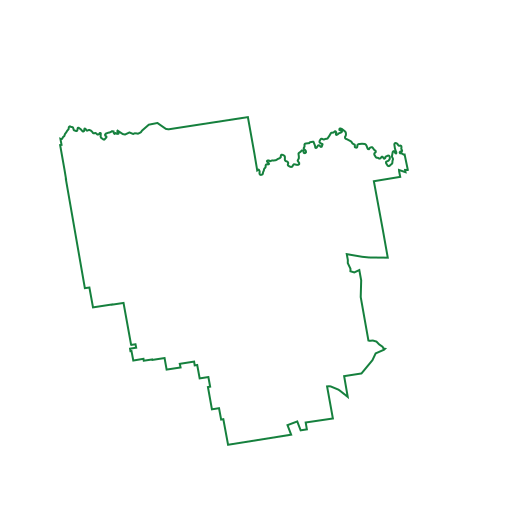 Leeton, New South Wales, Australia, rotated 162°
{"feature_id": "25037944B57687505469181", "entity_name": "Leeton", "entity_type": "district", "adm_level": 2, "iso_a3": "AUS", "parent_name": "Australia", "parent_adm1": "New South Wales", "projection": "equal_earth", "projection_center": [146.159, -34.53], "detail": "fine", "context": "isolated", "style": "outline", "palette": "green", "viewbox_px": 512, "rotation_deg": 162, "n_neighbors": 0, "source": "geoboundaries", "source_scale": "gbopen_adm2", "svg_char_len": 6071}
<svg xmlns="http://www.w3.org/2000/svg" viewBox="0 0 512 512"><g transform="rotate(162 256 256)"><path d="M87.9,289.5L87.6,291.8L85.1,290.9L85.0,291.1L83.3,306.6L84.1,306.7L85.7,308.5L87.2,309.2L87.4,309.9L87.2,310.3L86.6,310.7L86.3,310.8L85.1,310.4L84.6,310.8L84.5,311.3L84.7,313.1L84.2,314.1L83.9,315.2L83.9,315.7L84.2,316.1L84.5,316.4L85.5,316.5L86.1,316.8L86.5,317.5L86.9,319.0L87.7,319.9L88.6,320.4L89.0,320.3L89.4,320.1L89.7,319.8L90.0,319.2L90.6,315.6L90.7,313.2L90.5,311.5L90.7,310.6L91.0,310.3L91.5,310.5L91.8,311.2L92.2,312.7L92.6,313.1L92.9,313.2L93.7,312.8L94.0,312.4L95.9,308.8L96.0,308.1L95.7,306.5L95.8,305.7L96.8,304.3L97.6,302.3L98.6,301.5L99.9,301.1L101.0,300.5L101.8,300.4L102.4,300.7L102.9,301.3L103.4,303.2L103.6,304.3L103.3,305.2L102.8,305.5L101.1,305.6L100.4,305.8L99.0,306.8L98.6,307.5L98.2,308.7L98.2,309.3L98.4,310.1L98.8,310.5L99.5,310.7L101.9,310.4L102.3,310.2L102.9,309.2L103.8,308.9L104.1,309.0L104.3,309.3L104.8,310.8L105.1,311.3L105.4,311.5L105.8,311.5L107.4,310.5L108.2,310.4L108.9,310.7L109.6,311.6L111.1,312.3L111.5,313.0L112.1,315.5L112.1,316.1L111.9,316.6L111.7,317.0L110.0,317.9L109.8,318.5L109.8,319.1L110.8,320.5L111.6,323.0L112.0,323.6L112.8,323.8L114.1,323.7L114.8,323.4L115.5,322.7L116.2,322.9L116.5,323.2L116.7,324.0L116.8,326.5L117.0,327.6L117.3,328.2L117.9,328.9L120.5,330.0L123.8,330.7L124.7,330.5L125.2,330.2L125.5,329.7L125.9,328.6L126.3,328.1L127.1,328.0L128.0,328.6L128.3,329.0L128.2,329.6L127.7,331.0L127.8,331.5L128.8,332.4L129.5,333.3L129.9,334.9L130.3,335.7L132.1,337.6L133.5,339.0L134.3,339.6L134.7,340.2L134.8,340.9L134.5,341.8L133.5,342.7L133.0,343.5L132.6,344.9L132.5,346.0L133.0,347.2L135.1,350.3L136.3,351.2L136.9,351.3L137.4,351.0L137.6,350.6L137.7,350.1L137.3,349.7L136.0,348.9L135.7,348.4L135.8,347.8L136.2,347.4L136.9,347.2L139.8,347.0L140.3,346.6L141.0,346.4L142.1,346.3L142.3,346.5L142.4,347.0L142.2,347.8L141.5,348.8L141.7,349.7L142.0,350.1L142.5,350.2L143.3,349.8L144.3,349.5L145.4,349.7L146.0,349.9L146.8,349.7L148.9,347.8L151.6,345.7L152.3,345.6L153.8,345.9L155.3,345.8L155.7,345.9L157.2,347.2L158.0,347.3L158.5,347.0L159.6,346.1L160.1,345.5L160.4,344.7L160.2,344.0L159.2,342.7L158.4,342.1L158.2,341.8L158.4,341.3L158.9,340.8L159.6,339.8L159.9,339.6L160.8,339.9L161.2,340.9L161.6,341.6L161.9,341.8L162.5,342.0L163.1,341.7L164.9,340.3L165.6,340.2L165.9,340.4L166.1,340.8L165.8,342.6L166.0,346.3L166.1,346.9L166.6,347.1L169.4,347.5L170.0,347.3L170.5,346.9L173.8,347.6L174.8,347.6L175.4,347.1L175.9,345.5L176.1,345.0L177.0,344.2L177.4,343.6L177.3,342.9L176.4,341.3L176.2,340.7L176.3,339.6L176.5,339.1L177.5,338.7L178.0,338.8L178.4,339.0L178.7,339.6L178.5,340.7L178.6,341.2L179.1,341.9L179.6,342.2L179.9,342.2L181.5,341.3L182.9,340.9L183.6,340.6L183.9,340.3L184.1,339.6L184.4,337.8L185.0,335.8L185.7,335.0L186.8,334.0L186.9,333.6L186.2,331.0L186.6,330.0L187.4,329.7L188.6,329.9L189.6,330.4L191.0,331.3L191.7,331.5L192.6,331.0L193.9,329.8L194.9,329.8L195.8,330.2L196.8,331.2L197.5,332.1L197.6,332.5L197.5,333.1L196.7,334.3L196.6,335.0L196.7,335.4L197.2,336.2L198.4,337.1L198.8,337.9L198.8,338.7L197.9,341.3L197.9,342.1L198.1,342.6L199.2,343.8L200.1,344.3L200.4,344.4L201.0,344.2L201.8,343.0L201.8,342.5L202.3,342.1L203.3,341.7L205.5,341.5L206.7,341.1L207.6,341.0L209.9,341.4L211.1,341.9L213.2,341.8L213.6,342.1L214.0,342.6L214.3,342.9L215.3,343.2L215.9,343.1L216.2,342.9L216.3,342.5L216.1,341.9L215.3,340.5L215.2,340.0L215.2,339.6L215.4,339.4L216.2,339.4L217.5,339.9L218.2,339.8L218.8,339.2L219.4,337.6L220.1,337.0L220.8,336.7L221.4,336.2L222.2,334.8L223.4,333.5L223.9,332.5L224.3,331.9L224.7,331.6L226.3,331.6L226.9,332.0L227.2,332.6L227.1,333.8L226.6,334.7L226.4,335.5L226.6,337.0L226.9,337.4L227.2,337.4L228.4,337.0L225.8,354.4L220.8,390.6L300.0,403.5L302.4,404.7L308.7,413.0L317.4,414.0L325.6,410.5L327.2,409.3L328.6,409.0L330.5,408.8L331.9,409.6L333.6,410.2L335.1,410.0L338.2,412.6L343.0,412.0L345.0,413.1L348.9,418.0L349.2,417.8L349.3,417.4L349.2,415.9L348.8,415.2L349.0,414.9L349.3,414.8L350.4,415.1L351.2,416.0L351.8,416.4L352.1,416.3L352.4,415.9L352.7,415.8L353.0,416.1L353.2,416.9L353.2,417.6L353.0,418.5L353.8,418.8L354.3,419.2L354.7,419.0L357.1,418.7L358.2,418.9L360.9,418.8L361.0,418.6L361.3,418.4L361.8,418.3L362.1,417.9L362.2,417.1L361.4,416.0L361.4,415.4L361.9,414.9L364.2,413.6L364.7,413.7L365.2,414.1L366.8,416.3L366.9,417.6L366.3,419.0L366.2,419.5L365.8,420.2L365.9,421.0L366.5,421.2L366.8,421.1L367.6,420.4L368.1,420.3L369.0,420.4L369.4,420.7L370.2,422.1L370.6,422.5L370.9,422.7L372.1,422.7L372.7,423.0L373.0,423.3L373.4,424.7L374.3,426.3L375.6,427.4L376.1,427.5L377.8,427.4L378.3,427.7L378.8,429.4L379.4,430.1L379.7,430.1L380.0,429.8L380.6,428.5L381.1,427.9L382.0,427.8L382.3,428.1L382.7,428.8L383.5,430.7L385.1,432.8L385.8,432.9L386.2,432.5L387.0,430.9L387.5,430.4L387.9,430.3L388.4,430.4L390.2,431.8L390.4,432.3L390.3,434.2L390.4,434.8L390.8,435.3L392.0,435.9L392.9,436.8L393.2,436.8L393.8,436.6L394.2,436.3L395.1,434.5L396.8,433.5L398.3,432.2L399.9,431.1L401.3,429.3L402.8,428.7L404.2,427.4L404.5,427.3L405.1,427.3L405.8,427.9L406.6,421.8L408.0,422.0L411.5,397.0L412.9,387.8L413.1,387.8L413.3,386.3L428.7,278.3L424.2,277.5L426.9,257.5L407.9,254.4L408.0,254.2L396.5,252.3L402.2,210.4L402.1,210.0L397.9,209.3L398.3,205.8L404.4,206.8L404.8,204.3L403.8,204.1L405.0,194.5L394.8,193.0L395.1,191.1L386.7,189.7L386.7,189.2L374.5,187.2L376.1,175.6L362.2,173.3L361.8,177.0L347.5,174.7L348.1,170.9L345.6,170.5L347.4,157.0L338.7,155.6L340.0,145.9L342.2,146.2L345.3,123.8L338.2,122.7L339.7,111.2L337.5,110.9L340.9,85.1L277.8,75.2L278.3,85.4L267.9,85.9L267.4,76.4L261.2,75.4L260.2,82.3L233.1,77.7L228.7,110.0L226.9,109.6L225.3,108.9L219.1,103.6L218.1,102.4L212.3,93.7L209.3,114.5L192.0,111.7L177.5,120.9L172.3,126.4L163.2,127.3L162.0,127.9L163.3,128.6L163.7,130.6L166.2,133.9L167.9,137.4L171.0,139.5L174.1,140.2L175.2,140.9L169.1,184.6L163.5,200.3L162.1,210.7L167.6,210.0L170.9,212.3L170.1,214.7L170.9,220.9L169.9,223.8L169.1,229.7L155.2,222.4L148.8,219.6L131.2,213.7L127.3,241.7L120.8,290.7L94.4,286.7L93.7,292.4L93.4,293.6L87.9,289.5Z" fill="none" stroke="#15803d" stroke-width="2"/></g></svg>